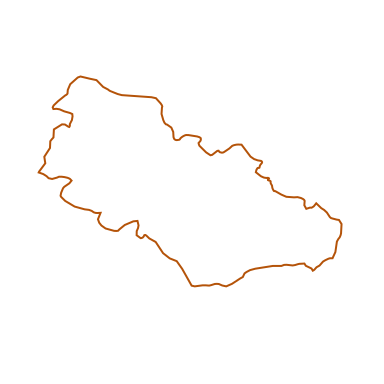 outline of Francisco Morazán, rotated 101°
{"feature_id": "HND-639", "entity_name": "Francisco Morazán", "entity_type": "Department", "adm_level": 1, "iso_a3": "HND", "parent_name": "Honduras", "parent_adm1": "", "projection": "robinson", "projection_center": [-87.226, 14.346], "detail": "fine", "context": "isolated", "style": "outline", "palette": "amber", "viewbox_px": 384, "rotation_deg": 101, "n_neighbors": 0, "source": "natural_earth", "source_scale": "10m", "svg_char_len": 3426}
<svg xmlns="http://www.w3.org/2000/svg" viewBox="0 0 384 384"><g transform="rotate(101 192 192)"><path d="M165.0,119.9L165.8,119.7L166.0,119.1L166.1,117.7L166.3,117.1L166.7,116.8L167.5,116.7L168.6,116.3L170.3,114.8L170.9,114.5L171.6,114.3L172.6,113.9L173.5,113.4L175.0,112.2L175.4,111.7L175.4,111.3L175.2,110.9L175.4,110.0L177.5,103.8L178.7,98.5L177.8,90.9L176.9,87.4L177.1,83.9L177.7,81.7L178.3,80.5L178.9,79.9L179.4,79.7L183.6,79.2L186.7,76.6L184.8,73.2L184.6,71.6L183.5,70.4L182.8,69.7L179.4,67.9L183.2,62.0L184.4,58.9L186.4,55.7L190.3,51.9L191.0,50.7L191.2,49.3L191.5,44.7L191.4,42.4L194.9,39.1L204.2,37.8L206.1,37.9L208.4,38.4L210.0,39.3L213.0,40.3L223.6,39.8L230.2,41.4L230.7,43.9L231.5,45.4L233.5,48.1L235.3,50.1L239.9,52.8L242.1,55.4L245.0,57.1L245.7,57.8L246.2,58.4L244.3,60.1L242.7,66.2L240.8,68.0L242.0,72.8L242.7,74.4L244.0,76.8L244.9,79.2L245.4,85.3L246.0,87.7L247.5,90.1L249.1,98.4L255.2,115.2L257.6,120.1L260.2,123.3L261.9,124.9L265.8,125.9L267.6,128.1L274.5,135.2L278.1,140.4L278.0,144.5L277.2,148.1L277.4,150.0L277.9,152.0L279.9,155.7L280.6,157.3L281.0,160.7L281.6,163.8L284.1,171.3L284.0,174.5L269.3,187.0L262.8,193.8L261.4,201.2L257.6,208.7L248.0,218.1L245.7,225.1L243.5,228.5L243.1,229.6L243.4,230.5L245.0,231.0L246.1,231.7L246.8,232.7L247.1,233.6L245.0,238.1L240.9,238.8L237.8,238.1L235.0,238.1L230.8,240.0L232.0,244.0L237.2,251.7L242.6,256.2L244.1,257.1L244.6,258.5L245.0,261.0L244.3,269.9L242.2,274.5L239.9,277.2L236.7,279.1L229.9,277.8L230.7,281.0L230.9,282.6L230.7,284.6L229.7,286.8L229.2,289.7L229.5,294.1L228.7,304.4L225.0,314.7L221.8,319.5L220.8,320.3L217.7,320.3L212.9,319.3L211.3,318.4L206.8,314.0L203.8,312.4L202.5,314.2L202.2,315.0L201.8,316.8L201.7,320.0L201.9,323.1L202.4,325.5L203.6,327.2L205.9,331.8L205.8,335.4L204.2,337.8L202.8,341.4L202.2,345.3L202.1,346.2L201.2,346.0L191.8,341.5L185.6,343.7L175.9,339.8L169.2,340.8L167.2,339.8L164.9,338.4L156.9,339.5L154.2,336.6L150.4,332.5L150.0,329.6L151.5,325.8L151.6,324.9L150.8,324.6L149.7,324.6L148.8,324.9L146.6,324.3L144.3,323.6L140.5,323.7L138.3,324.4L137.7,327.0L137.2,332.9L136.1,337.7L136.2,340.9L137.0,343.9L135.5,344.9L133.4,344.3L128.3,340.7L121.3,334.8L120.7,334.0L119.8,333.3L119.1,333.0L115.5,333.4L109.4,332.1L101.4,326.0L99.9,323.5L100.3,313.7L100.4,307.1L105.8,299.3L107.4,294.0L107.9,293.1L108.5,291.6L110.0,283.7L110.3,279.4L106.7,249.9L106.8,245.3L111.0,239.7L112.5,238.2L113.7,237.5L114.9,237.6L121.2,236.8L126.9,233.9L129.2,232.3L130.5,230.6L130.6,229.3L132.7,224.6L136.6,221.9L141.7,220.6L143.2,219.7L144.0,218.3L144.0,217.0L143.7,216.0L143.2,214.6L142.9,214.2L142.4,213.9L141.7,213.7L141.1,213.3L140.2,212.6L139.1,211.5L137.9,210.0L137.2,208.7L136.8,206.3L136.5,197.5L136.8,195.1L137.4,193.8L138.3,193.4L139.2,193.3L140.3,193.5L142.7,194.9L144.2,194.2L145.2,193.5L150.4,185.7L152.4,180.9L151.7,179.3L146.9,175.1L146.6,174.5L146.4,173.8L147.1,173.1L147.6,172.2L147.7,170.1L147.3,169.0L146.7,168.2L142.1,163.6L139.0,161.3L138.0,159.7L137.1,157.6L136.6,155.8L136.1,152.4L146.1,141.3L147.9,137.2L148.0,136.1L148.2,134.9L148.4,133.6L148.3,130.2L148.7,129.3L149.3,128.9L150.0,128.9L150.9,129.3L151.7,129.8L152.6,130.2L153.4,130.4L154.1,130.4L154.7,130.4L155.3,130.5L155.5,130.8L155.8,131.8L156.0,132.2L156.7,132.5L157.4,132.8L158.2,133.0L160.4,133.1L163.4,127.3L164.1,124.3L164.1,123.0L164.0,121.7L163.6,120.1L163.8,119.2L164.1,119.0L164.4,119.2L164.7,119.6L165.0,119.9Z" fill="none" stroke="#b45309" stroke-width="2"/></g></svg>